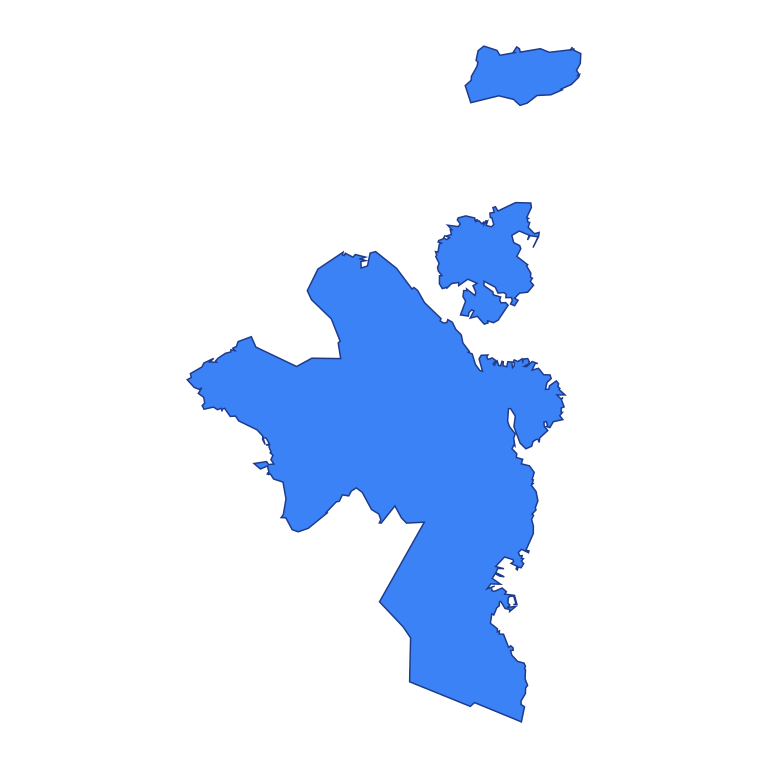 Stavanger nor, Rogaland, Norway (Mercator projection)
{"feature_id": "86288312B95219475773394", "entity_name": "Stavanger nor", "entity_type": "district", "adm_level": 2, "iso_a3": "NOR", "parent_name": "Norway", "parent_adm1": "Rogaland", "projection": "mercator", "projection_center": [5.714, 58.967], "detail": "fine", "context": "isolated", "style": "filled", "palette": "blue", "viewbox_px": 768, "rotation_deg": 0, "n_neighbors": 0, "source": "geoboundaries", "source_scale": "gbopen_adm2", "svg_char_len": 6098}
<svg xmlns="http://www.w3.org/2000/svg" viewBox="0 0 768 768"><path d="M521.4,721.9L524.5,706.8L521.1,704.5L521.1,700.8L525.4,693.6L525.6,688.0L527.6,685.4L525.1,679.0L525.5,669.6L524.5,668.6L525.5,666.3L524.0,663.1L517.6,661.4L511.9,655.3L510.5,650.6L513.2,650.3L513.0,647.8L510.7,645.8L508.6,647.4L503.5,634.2L499.3,634.1L499.4,630.9L497.3,631.9L497.4,628.8L490.4,623.3L491.8,613.9L493.8,615.0L496.8,607.7L499.3,605.8L499.3,602.1L500.7,601.4L505.1,608.5L509.7,609.4L509.6,611.5L515.8,606.4L507.7,607.4L509.8,605.0L508.0,603.2L508.2,597.9L509.7,596.4L513.7,596.1L516.0,604.0L513.3,604.6L516.9,604.3L514.5,595.4L504.7,594.1L506.4,591.7L502.1,588.0L494.8,591.2L492.1,590.9L491.3,587.4L494.7,586.0L487.0,588.9L490.8,583.9L500.5,584.2L492.2,578.4L495.2,573.7L499.7,576.1L504.3,576.8L495.8,572.6L497.8,568.4L504.0,568.7L495.6,566.5L504.5,557.0L512.9,559.6L513.6,561.5L511.0,563.4L517.2,566.3L516.1,568.9L517.3,569.9L518.2,566.9L521.1,567.8L523.7,563.6L521.4,561.1L523.4,558.7L521.4,558.2L522.2,555.6L519.9,555.8L518.3,552.6L521.5,549.3L528.5,552.7L529.0,550.9L525.9,550.2L533.3,533.6L533.4,526.1L531.6,519.3L533.6,515.3L532.0,514.2L536.0,509.9L535.3,507.8L537.9,500.8L536.0,491.4L531.3,485.2L533.1,483.5L532.1,483.4L533.3,479.9L532.1,479.6L534.2,472.4L529.4,465.8L521.3,463.8L522.7,459.3L516.3,457.5L516.8,453.7L512.0,448.8L513.8,445.0L514.9,446.0L513.7,438.0L515.2,433.9L509.4,426.5L507.6,421.1L508.5,408.7L510.6,408.6L515.3,416.1L513.9,426.6L520.1,443.1L525.9,448.8L531.7,446.2L532.9,441.7L536.2,439.4L538.3,439.5L539.1,442.5L539.8,437.8L547.8,430.5L544.3,426.5L543.9,422.1L546.3,421.6L547.6,425.7L546.3,426.5L549.9,427.6L553.3,421.7L562.8,419.6L559.7,415.6L562.4,412.4L561.3,412.4L561.1,408.1L564.1,406.9L561.4,399.6L563.0,397.5L561.1,399.0L556.9,395.0L565.0,394.9L559.1,389.6L559.9,388.3L557.9,386.7L558.6,383.7L556.3,380.9L549.5,385.8L548.8,389.1L545.5,389.4L547.0,382.5L551.2,378.6L550.0,374.9L543.7,374.8L538.5,368.3L532.1,370.1L535.4,363.2L537.8,363.6L532.2,361.5L526.6,366.6L524.1,366.4L528.6,363.8L529.3,361.6L527.7,358.6L523.7,358.9L522.8,361.5L522.1,358.8L517.9,361.5L514.2,359.9L513.2,362.2L514.4,363.2L514.0,366.1L512.5,367.7L511.8,362.0L507.8,361.7L506.8,366.7L503.0,365.8L503.3,361.7L502.0,361.3L500.6,365.9L498.6,365.3L497.2,361.0L494.3,365.3L493.1,363.8L496.0,360.7L492.2,357.9L488.1,359.4L486.7,357.1L487.9,355.0L481.2,355.3L479.1,358.9L482.5,371.2L479.8,370.5L475.4,364.4L472.2,353.9L468.3,352.3L469.3,351.4L462.9,343.0L461.3,334.9L455.8,329.4L452.3,322.2L447.8,319.6L447.0,322.4L443.7,323.1L440.1,320.8L441.0,318.6L424.5,302.6L417.6,290.4L413.9,287.5L412.0,289.0L396.6,268.4L375.6,251.6L370.1,253.1L367.5,265.9L361.2,268.0L360.9,261.6L365.7,260.6L360.3,258.9L365.5,257.1L355.3,254.5L353.0,257.2L345.3,253.2L344.3,255.6L342.5,254.9L343.1,252.2L317.9,269.1L307.3,290.7L311.5,299.7L331.3,318.8L340.2,341.3L338.2,342.9L340.7,358.6L311.8,358.2L296.6,366.5L255.9,347.1L251.3,336.7L238.1,341.6L236.4,346.5L232.8,348.2L234.9,350.7L230.9,349.8L230.8,351.9L225.4,353.3L218.1,358.2L215.6,361.0L216.5,362.2L209.8,362.0L213.7,358.4L203.9,363.0L201.9,367.0L190.4,373.6L191.3,377.5L187.2,379.7L194.2,387.4L199.4,389.5L201.8,387.7L198.3,393.4L203.7,397.3L204.7,403.0L202.2,405.6L204.0,409.2L213.5,407.1L217.5,409.7L221.0,408.3L222.2,411.4L222.0,409.4L224.6,408.3L230.2,416.4L235.5,416.1L238.7,420.9L257.0,429.8L262.9,436.2L262.6,439.4L265.1,444.5L263.0,437.7L266.2,438.1L269.4,443.9L266.0,445.1L269.5,444.9L269.0,447.0L271.1,452.1L270.2,452.9L273.0,455.2L270.9,459.7L273.9,464.0L268.6,464.6L266.6,461.6L254.0,463.5L260.4,469.0L267.5,466.0L269.0,472.5L267.5,473.1L267.4,474.1L269.7,473.7L267.8,474.6L270.5,474.1L273.6,479.0L283.0,482.1L286.0,499.0L283.3,514.6L281.1,517.6L285.8,517.8L292.2,529.7L298.2,531.8L308.3,528.3L327.2,512.9L326.2,512.4L336.1,502.0L339.3,501.2L342.4,494.9L348.7,495.9L351.4,491.0L356.3,487.9L362.2,492.3L371.5,509.5L378.9,514.1L380.8,519.8L379.3,522.9L381.2,523.1L394.9,505.9L401.5,518.0L406.5,523.1L424.3,522.2L379.5,601.8L403.2,626.9L410.6,637.9L409.6,681.8L470.3,706.4L474.5,702.6L521.4,721.9ZM530.8,203.0L515.5,202.6L497.9,211.0L495.4,206.7L492.9,207.6L494.2,212.3L489.9,213.1L490.3,217.6L491.8,217.7L493.8,224.5L491.5,226.8L486.2,225.5L487.5,221.1L485.7,222.5L486.4,220.1L483.9,224.6L483.7,222.2L481.9,223.8L479.0,220.8L475.9,221.4L476.9,219.9L474.9,220.1L474.8,218.0L465.8,215.9L458.2,217.9L457.3,219.9L460.3,224.0L458.3,226.6L447.7,225.2L451.9,229.8L450.3,229.7L451.4,234.6L445.9,236.1L449.5,237.7L446.8,239.6L443.7,238.0L445.2,235.2L443.1,238.9L438.7,240.5L438.1,242.0L441.4,243.1L439.3,244.2L438.0,252.0L435.5,251.6L436.7,255.0L435.8,256.7L439.1,263.3L437.5,267.6L438.4,271.2L442.0,275.6L439.5,275.8L439.4,283.7L442.3,288.6L447.7,287.1L446.3,288.7L451.7,283.5L458.6,282.5L458.7,285.6L467.8,279.2L477.1,283.3L473.0,285.7L475.8,292.2L474.9,295.5L466.6,288.9L466.8,290.6L463.7,290.6L463.0,296.7L465.6,301.1L460.5,314.9L468.3,316.1L469.0,312.5L471.8,309.8L473.9,310.9L470.2,318.1L477.3,316.3L484.2,324.1L488.0,323.0L487.6,320.8L493.4,322.7L498.1,320.2L508.1,305.3L505.7,302.6L501.0,302.9L499.7,299.8L500.7,297.0L493.4,294.9L492.8,291.8L483.9,285.5L484.1,281.2L495.3,287.2L498.0,293.1L504.0,292.6L506.2,294.4L505.8,297.6L511.6,297.6L512.2,300.7L510.5,304.0L514.6,305.7L518.1,300.3L514.6,298.2L519.6,293.1L527.7,292.2L533.6,285.2L530.3,281.4L532.4,278.2L530.5,277.2L530.8,273.1L526.6,266.0L527.7,264.8L516.8,256.4L520.8,248.7L519.7,245.6L513.7,242.6L511.8,235.4L519.3,231.0L529.2,235.2L527.5,240.0L530.0,235.7L538.1,236.8L533.0,247.6L538.6,236.5L539.2,232.4L534.4,233.7L528.2,227.3L529.7,222.5L527.7,221.9L527.4,219.0L528.5,218.4L526.7,217.5L531.4,207.5L530.8,203.0ZM470.8,102.7L498.7,95.8L513.6,99.4L520.0,105.4L527.2,103.1L537.0,95.5L550.8,94.8L562.3,89.8L561.1,89.0L571.3,84.5L578.7,77.2L579.6,74.5L577.9,75.3L578.8,73.9L576.5,70.5L580.3,63.5L580.8,53.6L573.0,49.8L574.4,48.6L571.0,49.9L572.3,47.1L570.5,49.8L549.3,52.3L540.4,48.7L520.3,52.1L519.4,48.7L516.7,46.9L513.4,52.0L514.8,52.6L499.9,55.3L497.0,50.4L483.9,46.1L478.1,50.7L476.1,60.3L477.9,62.2L477.0,66.4L471.4,76.3L471.2,80.3L465.2,85.6L470.8,102.7Z" fill="#3b82f6" stroke="#1e3a8a" stroke-width="1.5"/></svg>